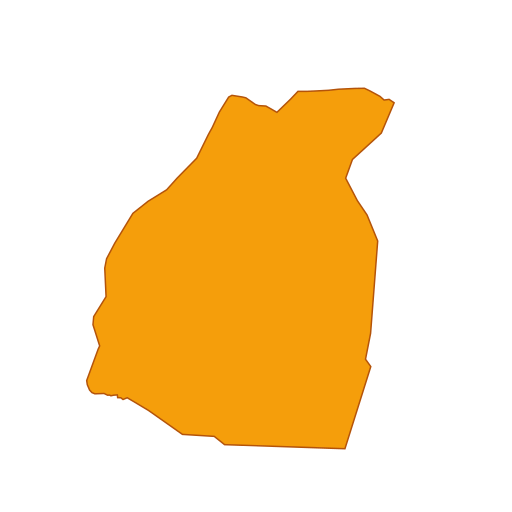 the district of Calabar Municipal, Cross River, Nigeria, rotated 197°
{"feature_id": "59680162B59054541310664", "entity_name": "Calabar Municipal", "entity_type": "district", "adm_level": 2, "iso_a3": "NGA", "parent_name": "Nigeria", "parent_adm1": "Cross River", "projection": "mercator", "projection_center": [8.34, 5.0], "detail": "fine", "context": "isolated", "style": "filled", "palette": "amber", "viewbox_px": 512, "rotation_deg": 197, "n_neighbors": 0, "source": "geoboundaries", "source_scale": "gbopen_adm2", "svg_char_len": 979}
<svg xmlns="http://www.w3.org/2000/svg" viewBox="0 0 512 512"><g transform="rotate(197 256 256)"><path d="M379.7,120.8L381.5,87.4L379.7,83.6L376.0,79.2L373.0,77.4L369.8,77.1L361.1,80.1L357.3,79.5L355.2,80.2L353.9,79.9L351.4,81.3L348.0,82.6L346.9,80.1L343.8,80.9L341.2,79.9L337.7,82.8L313.7,76.9L274.2,63.9L243.2,71.3L230.9,66.4L114.6,97.7L113.9,183.8L121.1,189.3L123.8,215.5L144.0,305.9L161.8,327.7L175.3,338.6L193.0,356.6L192.0,376.5L172.1,410.2L168.7,442.9L174.5,444.7L179.1,442.6L184.1,444.9L195.4,447.2L201.3,448.1L210.3,445.2L217.0,442.8L225.9,439.6L235.0,435.7L246.8,431.4L255.8,428.2L264.0,425.7L268.9,415.9L278.0,399.5L290.4,402.3L297.4,400.6L300.9,400.7L311.9,404.3L315.4,404.1L326.0,402.6L328.6,400.0L333.1,383.0L335.4,366.1L336.5,361.0L337.1,358.0L341.3,332.2L354.1,307.6L360.8,293.2L375.2,276.8L386.2,260.8L394.8,227.0L398.1,209.7L397.1,200.2L387.5,173.3L393.5,150.6L391.8,142.6L379.2,124.3L379.7,120.8Z" fill="#f59e0b" stroke="#b45309" stroke-width="1.5"/></g></svg>